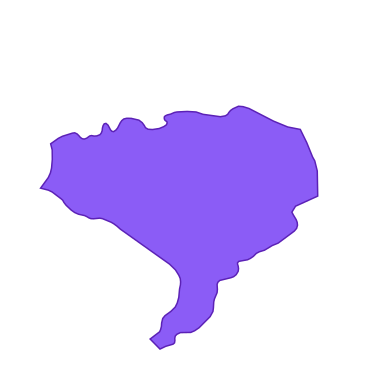 the County of Vrancea, rotated 147°
{"feature_id": "ROU-317", "entity_name": "Vrancea", "entity_type": "County", "adm_level": 1, "iso_a3": "ROU", "parent_name": "Romania", "parent_adm1": "", "projection": "mercator", "projection_center": [27.101, 45.78], "detail": "fine", "context": "isolated", "style": "filled", "palette": "violet", "viewbox_px": 384, "rotation_deg": 147, "n_neighbors": 0, "source": "natural_earth", "source_scale": "10m", "svg_char_len": 2138}
<svg xmlns="http://www.w3.org/2000/svg" viewBox="0 0 384 384"><g transform="rotate(147 192 192)"><path d="M67.1,185.5L68.9,170.8L71.8,155.7L72.1,151.2L75.5,141.4L88.8,120.1L112.9,123.7L119.2,120.7L119.5,117.8L119.7,112.0L120.3,109.3L121.6,106.7L124.1,104.5L127.5,103.5L147.6,102.2L153.8,103.4L162.9,103.7L168.1,105.2L171.5,105.5L175.6,104.6L179.2,104.5L182.3,104.9L190.4,108.3L192.3,107.9L193.1,106.7L193.6,104.8L194.7,102.4L196.5,100.3L200.0,98.6L203.2,98.3L206.0,98.9L216.9,102.7L219.5,102.2L221.3,100.8L223.8,96.4L225.8,93.9L231.4,90.1L233.6,88.0L237.2,83.1L239.5,80.4L244.7,77.6L260.0,74.3L265.4,74.2L269.5,74.9L278.3,80.4L282.2,80.9L284.5,80.3L286.2,78.6L287.2,76.8L288.8,75.0L290.8,74.7L298.1,76.9L304.4,77.7L307.2,91.5L295.3,92.4L293.3,93.7L290.8,96.0L288.8,98.7L285.4,101.9L282.0,103.0L274.7,103.4L268.8,104.6L264.9,106.9L260.4,110.9L255.3,117.4L252.3,120.4L250.5,122.8L249.0,125.8L248.4,129.2L248.3,135.7L250.1,143.7L272.3,199.8L273.5,204.2L274.9,207.9L276.3,210.7L281.6,218.4L283.6,220.3L289.2,223.2L291.3,224.7L292.6,226.5L293.5,228.4L294.9,230.7L299.3,235.2L301.6,238.7L303.2,242.8L304.8,249.4L305.1,252.8L304.9,255.6L305.6,257.9L309.3,268.2L311.4,271.7L316.9,277.7L304.6,282.4L300.4,285.1L296.8,288.5L291.5,295.3L286.3,303.5L284.3,309.4L274.8,309.8L270.2,309.3L260.2,306.5L258.1,305.5L256.7,303.2L256.2,300.8L255.9,298.6L255.1,296.6L253.6,295.1L251.1,294.5L247.3,294.7L245.6,294.1L243.6,292.2L241.3,290.9L237.9,290.2L235.9,290.9L233.9,292.4L232.3,294.4L230.4,296.1L228.5,297.0L226.8,296.4L226.0,293.8L226.5,288.5L226.1,286.5L224.8,285.3L222.0,285.4L219.5,286.2L214.5,289.1L212.1,290.1L209.4,290.4L206.6,289.4L202.9,286.9L197.4,281.2L196.0,277.3L195.8,273.8L196.0,271.3L194.7,268.6L191.1,265.9L184.9,263.1L180.0,262.2L176.8,262.3L175.3,263.4L174.8,264.5L175.1,265.5L175.4,266.2L175.6,267.1L175.5,268.0L175.0,269.2L174.1,270.2L172.8,270.4L170.7,270.1L167.6,269.0L163.5,268.3L161.0,267.3L152.2,262.2L145.0,256.9L140.4,251.1L127.2,239.7L122.5,237.7L119.8,237.7L117.6,238.7L115.2,239.4L112.2,239.5L106.3,238.6L102.7,235.8L98.7,231.0L85.0,207.0L76.3,194.4L67.1,185.5Z" fill="#8b5cf6" stroke="#5b21b6" stroke-width="1.5"/></g></svg>